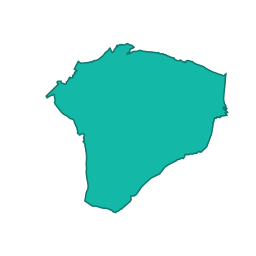 Flesberg nor, Buskerud, Norway (orthographic projection), rotated 291°
{"feature_id": "86288312B11516416194364", "entity_name": "Flesberg nor", "entity_type": "district", "adm_level": 2, "iso_a3": "NOR", "parent_name": "Norway", "parent_adm1": "Buskerud", "projection": "orthographic", "projection_center": [9.551, 59.857], "detail": "fine", "context": "isolated", "style": "filled", "palette": "teal", "viewbox_px": 256, "rotation_deg": 291, "n_neighbors": 0, "source": "geoboundaries", "source_scale": "gbopen_adm2", "svg_char_len": 5717}
<svg xmlns="http://www.w3.org/2000/svg" viewBox="0 0 256 256"><g transform="rotate(291 128 128)"><path d="M189.4,206.8L195.8,204.9L198.9,204.1L206.2,202.1L206.2,201.9L213.6,200.0L213.2,199.7L211.5,199.1L211.2,198.7L211.0,198.0L211.0,195.2L210.9,194.1L210.8,193.4L210.8,190.8L210.7,186.8L211.0,183.5L211.4,181.0L211.4,179.6L212.3,176.9L212.3,176.5L212.3,174.4L212.1,169.2L212.1,167.1L212.2,166.3L212.5,166.2L212.6,165.5L212.6,165.2L212.9,164.8L213.0,164.3L213.0,163.9L212.7,163.4L212.7,161.0L212.5,160.5L212.5,160.1L212.1,158.9L211.3,158.3L210.3,158.4L210.2,158.0L209.7,158.1L209.5,157.9L209.5,157.4L209.9,156.9L209.9,156.6L209.6,156.1L209.5,155.3L209.5,154.8L209.7,154.3L210.0,153.8L210.3,152.9L210.2,152.5L209.4,151.8L208.8,150.9L208.5,148.1L208.6,147.5L208.8,147.0L209.2,146.5L209.6,146.4L209.8,146.0L209.4,142.6L209.5,142.3L209.5,140.8L209.6,140.7L209.6,140.2L209.5,139.1L209.5,138.1L209.9,137.3L209.9,136.7L209.9,136.4L209.4,136.1L209.4,135.7L209.4,135.2L209.9,134.0L209.4,133.3L209.2,132.4L209.0,132.1L208.9,130.0L209.3,129.6L209.0,129.0L208.3,127.1L207.8,124.8L207.6,123.5L205.9,118.1L205.8,117.2L205.1,114.9L205.0,112.1L204.8,111.3L202.9,109.1L202.3,107.9L201.7,106.2L200.3,104.6L198.8,103.3L196.7,100.8L198.0,100.8L198.7,101.6L199.2,101.9L199.7,101.9L200.0,102.2L202.6,101.7L202.7,102.2L203.0,102.5L203.5,103.3L204.3,103.6L204.5,103.8L204.5,104.1L205.5,104.8L205.6,104.7L205.6,104.0L205.9,103.4L206.5,102.5L206.2,99.2L206.5,98.8L206.3,98.1L206.6,97.5L206.4,96.8L205.8,96.5L205.6,96.1L204.0,94.7L203.8,94.0L203.9,93.5L203.9,93.1L203.6,92.7L203.3,92.0L203.4,91.8L203.1,91.6L203.1,91.3L203.0,90.9L203.0,90.7L202.4,90.4L202.0,89.7L201.6,89.5L201.3,88.3L201.0,88.1L200.7,88.3L200.4,88.1L200.2,88.5L200.3,88.9L200.1,89.0L199.9,88.6L199.6,88.1L199.4,87.9L198.5,88.0L198.0,87.7L196.1,87.1L195.4,87.1L195.0,87.4L193.0,86.4L193.1,85.8L193.8,85.0L194.3,84.3L195.6,83.1L196.1,82.5L194.8,82.0L193.6,81.8L190.0,79.7L186.7,78.9L185.2,77.9L184.0,77.4L183.9,77.2L182.7,76.7L181.5,75.8L180.6,74.9L180.2,74.8L179.6,74.1L179.4,73.4L178.0,71.4L177.3,71.2L177.0,70.4L176.2,70.1L176.1,68.9L175.4,68.2L174.8,67.4L174.4,66.3L174.1,65.9L171.5,60.9L172.4,57.7L163.7,56.8L163.5,58.3L163.2,59.0L163.2,59.4L163.2,59.6L162.3,59.0L162.0,59.1L161.6,58.7L161.0,58.2L160.3,58.3L160.2,58.5L159.7,58.7L159.7,58.9L159.2,58.6L158.7,58.6L158.5,58.2L158.0,58.1L157.9,58.1L157.3,57.6L156.6,57.8L155.3,58.3L155.0,58.1L154.5,57.1L154.4,56.8L154.2,56.6L154.1,56.3L154.6,55.8L154.6,55.6L153.9,55.5L153.5,55.2L152.8,55.0L152.4,55.1L152.4,55.3L151.0,55.0L150.8,54.8L150.4,54.8L149.7,54.6L149.0,54.1L147.1,54.4L146.6,54.1L146.3,53.2L146.4,52.5L146.3,50.8L146.3,49.8L146.6,49.1L147.7,48.7L146.9,46.6L146.3,45.6L145.9,45.4L145.2,45.4L144.4,46.2L143.9,47.2L138.6,44.9L128.5,40.2L128.4,40.7L128.1,40.8L127.8,41.4L127.5,41.3L127.2,41.5L129.5,43.4L130.7,44.5L131.6,45.7L132.9,46.8L131.7,47.7L129.0,49.2L128.5,49.6L127.4,50.2L126.5,50.4L125.6,50.2L124.4,51.2L122.2,54.6L121.5,56.0L120.5,57.3L120.3,57.8L118.7,60.6L118.2,61.8L117.7,63.6L117.4,66.7L117.2,67.7L116.7,68.7L116.1,70.7L116.2,71.9L116.5,73.6L114.6,75.8L113.6,76.2L112.8,77.3L111.4,78.5L110.4,79.7L109.5,80.5L107.7,81.5L106.8,82.5L106.5,82.6L105.9,82.4L105.6,82.7L105.2,82.7L104.9,83.0L104.8,83.3L104.9,83.7L104.1,85.2L104.1,85.4L106.7,87.7L106.5,87.9L106.6,88.3L106.5,88.9L106.4,89.0L106.4,89.5L105.9,89.7L105.5,90.1L103.4,89.8L102.8,90.3L102.5,90.3L102.4,90.6L102.0,90.6L101.5,91.1L101.5,91.3L101.0,91.6L100.7,91.3L100.3,91.5L100.3,91.3L99.8,91.3L99.8,91.5L99.6,91.6L99.2,91.2L99.1,91.5L99.2,91.8L99.0,92.0L99.0,92.3L98.6,92.5L98.5,92.8L98.1,92.8L97.9,92.9L97.9,93.3L97.6,93.6L97.3,94.1L96.7,93.9L95.4,94.5L93.6,95.9L91.6,96.8L90.0,97.9L85.2,100.1L80.2,101.6L75.5,103.7L71.5,104.9L65.5,108.1L64.4,108.9L60.7,111.1L57.2,112.4L52.6,112.2L44.4,113.9L42.4,122.5L42.7,123.8L43.5,125.8L43.8,127.9L44.0,131.8L44.2,133.3L45.4,137.4L45.4,139.5L45.1,142.9L44.4,144.4L44.6,146.7L46.0,147.5L47.0,148.7L49.4,150.1L49.8,150.8L60.2,156.3L62.1,156.6L65.2,155.0L65.8,155.1L66.1,156.6L67.0,158.3L69.0,159.6L77.5,161.7L80.9,163.1L87.2,166.2L89.7,167.6L96.6,174.0L104.7,176.5L108.2,178.9L114.4,184.4L114.4,184.5L115.3,184.7L115.4,185.2L115.7,185.1L116.2,185.4L116.9,186.3L116.9,186.7L117.1,187.2L117.4,187.5L118.2,187.9L118.8,188.6L118.8,188.8L119.4,189.9L119.3,190.5L120.7,190.8L121.0,191.1L122.9,190.9L123.2,190.7L123.9,191.0L124.2,191.4L124.1,192.2L124.3,192.3L124.4,193.1L124.7,193.5L124.8,193.9L125.0,194.2L125.0,194.5L125.5,194.7L126.1,195.4L126.4,196.4L126.6,196.9L126.6,197.2L126.8,197.5L126.9,197.9L128.0,199.0L128.6,199.3L128.6,199.9L128.6,200.3L128.7,200.7L128.8,200.7L128.9,201.0L129.3,201.3L130.8,202.0L131.2,202.6L131.2,202.9L131.7,203.2L131.7,203.4L131.4,203.6L131.4,204.0L131.6,204.3L131.6,204.8L138.5,208.2L152.3,208.1L161.8,206.2L162.5,205.8L162.8,205.9L163.0,205.7L163.5,205.6L164.2,205.9L164.5,205.6L164.9,205.7L165.6,205.5L166.9,205.6L167.1,205.3L167.4,205.2L167.7,205.3L168.3,205.2L168.4,205.9L168.6,206.7L169.0,206.6L169.4,206.7L169.6,207.3L169.9,207.3L170.0,207.6L170.3,207.3L170.5,207.3L170.6,208.3L170.5,208.7L170.6,208.8L170.5,209.6L170.9,209.8L171.1,210.3L171.4,210.3L171.6,210.5L171.8,210.4L172.2,210.7L172.3,210.5L172.7,210.4L172.8,211.2L173.2,212.1L175.3,215.8L175.8,215.2L176.1,214.5L176.5,214.2L176.5,213.9L176.7,213.6L176.7,213.4L176.9,213.3L178.1,215.4L178.8,214.6L178.8,213.8L179.1,213.3L179.3,212.2L179.6,211.5L179.7,210.5L180.3,210.1L180.6,210.2L181.5,209.5L181.8,210.0L181.9,210.3L181.1,211.5L180.9,211.9L180.9,212.3L180.3,212.7L180.3,212.9L180.5,213.3L181.2,213.4L181.5,213.3L181.6,213.0L182.0,212.5L182.0,212.2L182.9,211.8L182.9,211.6L183.4,211.2L184.2,211.0L184.3,210.6L184.8,210.2L185.1,209.4L188.1,207.5L189.4,206.8Z" fill="#14b8a6" stroke="#0f766e" stroke-width="1.5"/></g></svg>